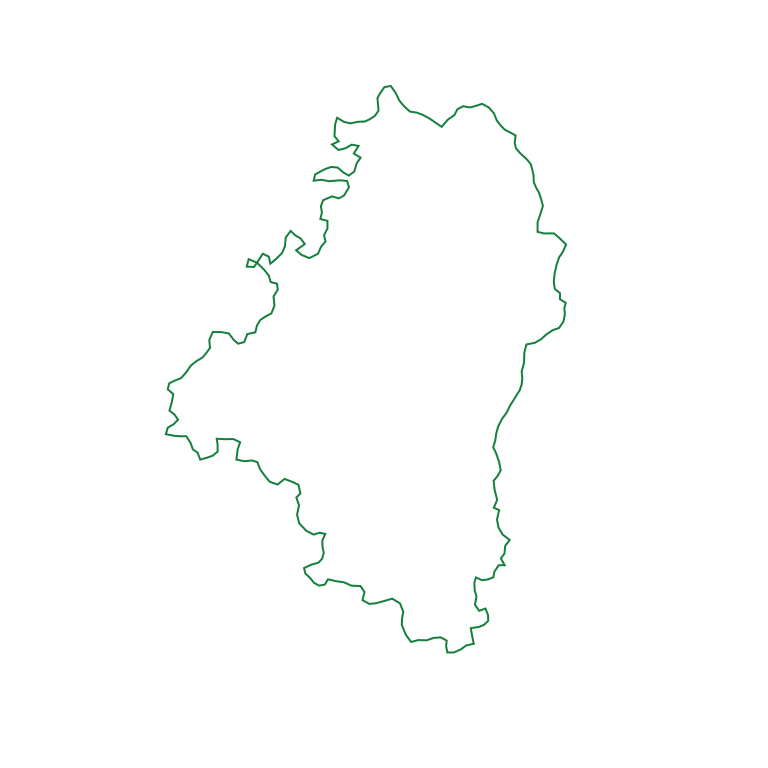 outline of São Vicente de Minas, Minas Gerais, Brazil, rotated 158°
{"feature_id": "56859067B71918006401006", "entity_name": "São Vicente de Minas", "entity_type": "district", "adm_level": 2, "iso_a3": "BRA", "parent_name": "Brazil", "parent_adm1": "Minas Gerais", "projection": "orthographic", "projection_center": [-44.466, -21.658], "detail": "fine", "context": "isolated", "style": "outline", "palette": "green", "viewbox_px": 768, "rotation_deg": 158, "n_neighbors": 0, "source": "geoboundaries", "source_scale": "gbopen_adm2", "svg_char_len": 3707}
<svg xmlns="http://www.w3.org/2000/svg" viewBox="0 0 768 768"><g transform="rotate(158 384 384)"><path d="M456.3,544.0L452.3,534.8L450.2,527.7L450.9,521.0L445.6,517.0L447.2,511.2L453.6,506.6L456.2,497.7L462.0,491.6L469.1,490.9L474.7,489.7L479.9,485.8L483.9,480.1L492.0,481.5L497.9,475.2L504.1,476.0L506.7,480.9L509.0,489.1L515.5,493.1L523.2,496.4L529.5,490.3L531.8,482.7L536.6,479.6L542.3,476.6L549.5,475.4L556.1,473.5L563.2,468.8L570.0,465.5L577.1,465.5L582.8,465.1L586.5,460.2L583.2,453.5L587.4,446.8L592.9,439.7L589.8,434.3L588.3,428.1L593.8,425.6L600.8,424.5L605.1,419.2L598.0,414.6L592.0,411.6L586.9,409.7L585.4,401.8L585.7,394.9L582.6,390.3L582.7,382.7L575.5,382.0L569.8,381.7L563.6,383.6L560.9,390.3L559.6,395.9L552.1,392.4L544.3,389.4L539.2,383.9L544.1,378.3L549.2,369.2L542.5,364.8L534.7,362.4L530.7,358.9L530.8,351.3L528.8,343.0L526.5,336.0L520.3,330.7L511.7,333.2L505.6,327.5L501.1,322.6L502.5,313.8L507.7,311.7L508.3,303.2L513.6,295.4L514.8,286.6L511.1,277.1L505.6,270.7L499.6,270.3L494.6,267.0L499.7,262.1L501.9,256.6L503.1,250.0L506.8,245.2L511.7,242.9L519.1,243.7L527.1,243.3L527.9,237.6L525.1,231.7L523.4,225.8L519.6,221.3L514.0,220.2L509.1,223.9L502.3,219.1L495.6,215.3L489.7,209.2L481.5,205.5L480.0,198.4L484.9,191.7L480.0,185.6L473.4,183.7L466.4,182.9L456.8,181.9L451.3,174.6L451.5,165.4L454.8,160.4L457.7,154.1L457.7,143.3L455.5,134.7L448.1,133.7L440.6,130.4L433.3,130.0L426.4,127.9L422.0,122.6L424.7,117.5L425.8,111.3L419.8,108.9L412.0,109.2L405.6,110.8L398.1,109.5L396.7,117.2L395.0,125.1L387.0,123.2L381.3,123.3L376.1,125.4L374.1,130.7L374.1,137.8L380.7,138.0L382.4,145.3L377.9,152.2L377.2,158.6L374.8,165.7L371.2,170.2L366.6,165.4L361.1,163.9L355.0,163.8L352.2,168.4L345.6,173.0L340.0,170.8L341.0,178.5L335.8,181.7L332.2,188.6L325.9,192.3L330.5,200.1L331.6,208.2L330.0,216.0L324.5,223.9L328.5,228.2L322.5,234.1L321.1,244.2L318.7,253.1L313.1,256.2L308.2,260.1L306.5,268.5L306.0,277.9L306.5,284.4L302.0,289.9L298.5,296.0L294.0,301.9L287.7,307.4L281.2,311.4L275.4,316.6L269.4,320.9L264.8,324.3L260.4,327.5L256.4,332.2L253.7,337.3L251.7,344.0L246.3,351.0L242.3,360.2L237.2,367.3L228.7,365.7L221.5,366.7L215.0,369.1L207.6,370.7L200.7,370.4L194.2,374.7L190.2,380.8L188.4,386.7L185.1,391.2L189.1,396.7L186.8,402.3L190.0,408.2L188.4,414.9L184.4,422.6L179.3,429.9L174.2,435.8L168.8,439.4L162.9,445.1L166.8,453.9L170.0,460.0L179.4,463.7L184.6,467.6L180.9,476.6L174.9,483.5L170.0,489.5L169.2,495.3L168.6,502.9L169.4,509.4L169.5,515.2L167.2,521.3L166.3,527.0L165.5,532.7L167.5,539.1L171.0,546.2L173.4,553.2L172.4,558.9L168.9,565.0L172.4,569.5L176.7,574.5L178.9,579.7L180.7,586.1L180.7,593.8L183.2,601.1L188.1,607.0L195.1,607.5L200.7,608.2L206.6,611.9L212.9,611.3L218.0,607.0L226.0,605.1L234.2,600.8L238.2,606.9L242.5,613.3L247.6,619.4L251.9,623.3L257.9,626.9L261.3,633.9L263.6,641.0L264.2,649.8L266.1,657.8L272.4,659.1L278.6,655.1L283.0,651.5L284.7,645.9L286.7,639.5L292.1,636.0L298.1,634.8L303.5,634.6L309.7,636.8L317.4,638.2L322.8,641.9L327.7,648.4L332.0,643.1L337.1,632.4L335.1,626.0L342.5,625.6L338.5,618.0L331.4,617.0L324.3,618.0L318.4,614.3L325.7,609.0L320.9,602.6L326.6,598.9L331.9,592.2L338.5,590.4L342.2,594.9L345.9,602.1L351.9,605.1L358.8,605.3L369.3,604.1L373.0,598.8L365.3,596.7L358.8,592.5L348.6,589.4L342.2,586.1L342.8,579.4L350.6,573.7L356.4,573.1L361.9,577.4L371.6,577.2L375.9,572.5L377.3,566.3L381.2,560.8L375.3,556.5L378.1,549.5L383.9,544.3L384.8,538.1L391.0,534.8L396.4,529.5L406.1,528.7L412.0,534.5L415.4,540.9L405.0,543.4L406.9,550.4L410.6,555.1L413.2,560.9L420.3,556.6L424.1,549.0L429.4,543.6L437.2,540.4L444.3,538.1L443.1,545.3L447.6,550.2L456.3,544.0ZM456.3,544.0L462.7,550.4L467.3,544.3L460.8,541.2L456.3,544.0Z" fill="none" stroke="#15803d" stroke-width="2"/></g></svg>